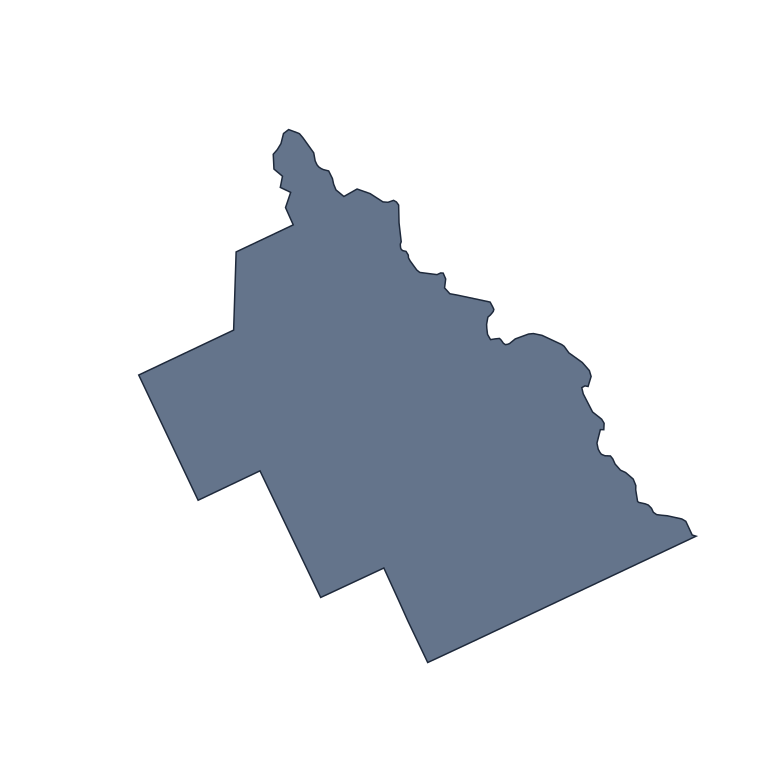 outline of Sabine, Louisiana, United States of America, rotated 155°
{"feature_id": "52423323B1560312281680", "entity_name": "Sabine", "entity_type": "district", "adm_level": 2, "iso_a3": "USA", "parent_name": "United States of America", "parent_adm1": "Louisiana", "projection": "orthographic", "projection_center": [-93.696, 31.506], "detail": "fine", "context": "isolated", "style": "filled", "palette": "slate", "viewbox_px": 768, "rotation_deg": 155, "n_neighbors": 0, "source": "geoboundaries", "source_scale": "gbopen_adm2", "svg_char_len": 1767}
<svg xmlns="http://www.w3.org/2000/svg" viewBox="0 0 768 768"><g transform="rotate(155 384 384)"><path d="M462.1,113.1L415.1,113.1L165.5,114.2L168.5,116.9L168.5,132.0L171.1,135.8L183.0,144.9L187.8,147.7L192.1,150.4L194.1,153.9L194.1,158.3L195.6,162.6L198.0,165.1L200.5,167.0L203.2,169.1L203.8,170.4L200.6,181.7L198.7,185.5L198.3,192.5L202.4,201.6L206.1,206.0L208.4,213.8L208.3,219.5L209.2,223.1L212.1,224.6L214.1,225.6L216.7,228.5L217.2,230.8L217.4,234.4L216.0,240.4L207.2,251.2L204.1,249.7L201.1,255.4L201.6,260.1L206.8,270.5L207.6,290.8L206.3,297.1L202.7,297.4L200.1,295.5L193.1,303.3L192.2,309.4L195.2,319.7L203.3,334.1L204.8,342.0L206.3,344.7L220.2,361.3L227.3,366.6L231.9,368.2L246.0,369.4L250.3,368.3L251.6,368.0L253.0,367.6L255.0,367.7L257.4,368.4L258.6,370.5L258.9,372.4L259.4,374.8L260.1,376.5L264.1,377.9L268.7,379.2L269.2,385.2L267.3,391.0L265.8,394.7L261.6,400.7L258.4,401.6L255.8,402.8L254.3,403.6L252.9,405.2L252.9,408.1L253.2,413.4L280.4,433.9L286.2,438.0L288.5,445.5L283.7,453.1L283.5,459.5L285.7,460.7L289.7,460.7L304.4,470.0L306.1,473.4L307.1,478.4L308.3,484.6L308.5,488.0L307.5,490.6L308.0,494.9L310.6,496.9L311.4,498.5L311.5,500.0L310.9,501.9L310.1,503.9L308.3,505.6L302.3,523.6L295.1,540.0L295.8,543.7L297.7,546.4L303.6,547.0L308.0,549.5L316.1,562.4L326.0,572.1L341.1,570.9L345.5,580.2L345.2,586.4L343.9,592.0L344.1,600.5L348.3,603.9L349.9,605.8L351.4,608.3L352.1,611.0L352.1,615.3L350.0,623.2L353.4,641.4L354.8,646.5L355.8,647.7L362.9,654.9L369.2,653.5L375.8,645.4L381.7,641.5L387.3,639.0L392.9,625.3L388.2,615.2L394.9,606.0L387.6,597.1L398.7,585.5L399.0,566.6L462.2,566.2L497.5,496.4L602.5,495.8L601.6,357.2L533.1,357.7L531.6,217.3L461.9,217.3L462.2,179.7L462.5,159.4L462.1,113.1Z" fill="#64748b" stroke="#1e293b" stroke-width="1.5"/></g></svg>